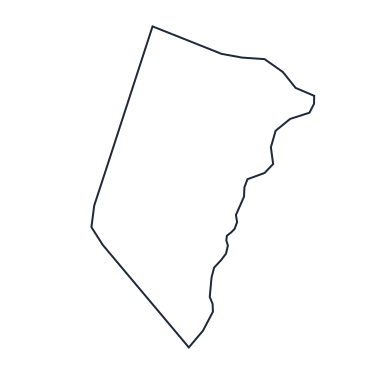 the border of Katakwi, rotated 198°
{"feature_id": "UGA-3122", "entity_name": "Katakwi", "entity_type": "County", "adm_level": 1, "iso_a3": "UGA", "parent_name": "Uganda", "parent_adm1": "", "projection": "mercator", "projection_center": [33.928, 1.964], "detail": "fine", "context": "isolated", "style": "outline", "palette": "slate", "viewbox_px": 384, "rotation_deg": 198, "n_neighbors": 0, "source": "natural_earth", "source_scale": "10m", "svg_char_len": 617}
<svg xmlns="http://www.w3.org/2000/svg" viewBox="0 0 384 384"><g transform="rotate(198 192 192)"><path d="M104.8,303.7L121.2,291.9L131.4,276.1L130.8,258.9L123.5,243.7L128.8,232.6L143.2,221.3L143.6,212.7L141.1,203.6L143.1,183.8L139.8,177.2L140.1,169.9L142.4,165.5L145.3,161.2L144.4,156.6L141.3,152.1L140.6,143.9L143.2,136.4L147.6,126.9L147.0,116.8L142.7,97.7L137.8,91.9L135.1,84.6L138.7,63.5L147.0,43.2L260.4,114.0L276.8,127.5L280.8,148.9L280.7,196.0L280.7,337.3L206.6,332.5L185.9,335.3L164.1,340.8L142.7,334.2L125.6,323.0L105.5,321.2L103.2,313.6L104.8,303.7Z" fill="none" stroke="#1e293b" stroke-width="2"/></g></svg>